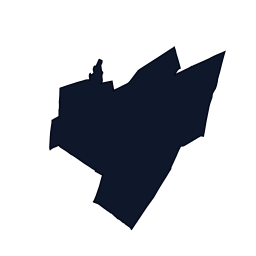 Carcea, Dolj, Romania, rotated 104°
{"feature_id": "2599482B95578562182994", "entity_name": "Carcea", "entity_type": "district", "adm_level": 2, "iso_a3": "ROU", "parent_name": "Romania", "parent_adm1": "Dolj", "projection": "equal_earth", "projection_center": [23.897, 44.282], "detail": "fine", "context": "isolated", "style": "filled", "palette": "ink", "viewbox_px": 256, "rotation_deg": 104, "n_neighbors": 0, "source": "geoboundaries", "source_scale": "gbopen_adm2", "svg_char_len": 4328}
<svg xmlns="http://www.w3.org/2000/svg" viewBox="0 0 256 256"><g transform="rotate(104 128 128)"><path d="M225.3,100.2L225.1,100.1L224.2,99.7L222.4,99.1L218.5,97.7L218.0,97.5L217.5,97.3L217.0,97.1L216.1,96.8L215.8,96.7L215.4,96.6L215.1,96.5L212.8,95.6L212.7,95.6L212.2,95.4L211.8,95.2L211.3,95.1L211.0,95.0L210.5,94.8L204.1,92.5L199.1,90.7L198.4,90.4L188.9,86.6L181.5,84.5L171.6,81.4L170.2,80.9L164.6,79.1L163.6,78.8L159.4,77.5L158.3,77.1L157.2,76.8L155.3,77.0L149.2,75.8L148.0,75.6L143.2,74.7L137.6,73.8L132.8,72.7L132.6,72.6L132.4,71.9L132.2,71.0L131.9,70.3L131.7,69.8L130.5,68.6L129.3,67.3L127.4,65.4L126.3,64.3L124.5,62.4L123.2,61.3L122.8,60.7L121.0,59.0L120.4,58.4L119.2,57.1L118.5,56.4L118.1,55.9L117.9,55.6L117.8,55.3L117.7,54.9L117.6,54.5L117.6,53.0L112.9,53.3L102.3,54.1L87.5,54.8L85.8,54.8L83.5,54.7L81.7,54.5L80.5,54.4L79.1,54.3L78.5,54.2L78.1,54.2L77.2,54.3L76.4,54.4L75.6,54.5L74.8,54.6L73.8,54.5L73.0,54.3L71.4,53.9L69.8,53.4L69.0,53.1L67.9,52.9L67.0,52.8L64.4,52.7L61.7,52.8L58.6,53.1L53.7,53.0L52.4,52.9L49.2,52.9L43.7,52.9L35.6,52.8L30.7,52.6L32.5,54.8L35.1,58.4L37.6,61.6L41.3,65.8L44.2,69.4L50.4,77.4L52.1,79.7L52.5,79.5L53.4,80.7L53.1,81.1L55.2,83.2L57.9,86.5L59.3,88.1L60.4,89.4L65.1,95.4L64.1,95.9L62.8,95.3L61.8,94.8L60.6,94.5L59.5,94.0L58.3,93.2L57.3,92.0L52.7,94.6L49.9,96.2L44.0,99.7L41.7,100.8L39.1,102.4L38.6,102.7L39.3,103.2L41.9,105.7L46.0,109.5L53.3,116.3L60.5,123.1L67.5,129.7L68.6,130.7L69.4,131.4L70.2,131.9L73.6,133.4L78.1,135.3L82.2,137.1L83.2,137.6L83.7,137.9L85.0,138.9L85.7,139.6L87.8,142.1L89.3,143.9L92.6,147.7L93.4,148.8L94.4,150.0L95.2,150.8L95.4,151.0L93.8,151.7L88.5,154.1L86.6,154.9L91.2,164.6L90.7,164.6L88.5,164.6L88.0,164.6L87.7,164.7L84.8,165.9L83.9,166.1L83.5,166.2L82.2,166.3L81.9,166.2L81.6,166.2L81.2,166.1L80.6,166.0L80.2,166.2L79.9,166.5L79.6,167.1L78.9,167.7L78.1,168.2L77.5,168.3L74.8,169.4L73.7,169.8L73.2,169.8L72.8,169.7L72.0,169.5L71.2,169.3L70.5,169.4L69.8,169.4L69.1,169.6L68.6,171.9L68.8,171.9L68.8,172.5L69.2,172.6L69.8,172.7L70.5,172.8L71.2,172.9L71.6,173.0L72.3,173.1L73.9,173.4L75.4,173.7L75.6,173.9L75.8,174.2L76.0,174.6L76.1,175.0L76.4,175.4L76.5,175.5L76.8,175.6L77.4,175.7L78.1,175.7L78.6,175.8L79.4,175.7L80.0,175.5L81.6,174.7L82.7,174.2L83.1,174.1L84.8,175.7L86.0,176.9L84.5,177.8L84.7,178.0L85.1,178.0L85.3,178.1L85.6,178.1L86.3,178.0L87.0,177.9L88.0,177.5L89.1,177.0L89.9,176.7L90.4,176.6L90.6,176.6L91.3,178.8L91.6,179.9L92.2,181.1L93.3,182.8L94.3,184.5L95.8,187.3L96.9,189.1L97.8,190.5L98.7,192.0L100.1,194.2L100.9,195.6L101.5,196.5L102.3,197.8L105.0,201.9L105.6,203.0L106.0,203.4L106.6,203.2L109.5,202.6L111.5,202.1L115.1,201.4L116.9,201.1L119.0,200.8L120.1,200.5L122.4,199.8L124.3,199.4L125.7,199.1L127.5,199.1L128.4,198.7L131.2,198.1L133.6,197.5L134.1,198.2L135.3,199.3L136.0,200.2L137.1,201.4L138.1,202.4L138.7,203.0L139.0,203.4L140.2,203.0L142.4,202.7L145.6,202.4L151.0,201.8L156.7,200.8L160.7,200.0L165.1,199.2L166.3,198.9L167.0,198.6L167.5,198.3L167.3,198.2L167.0,197.9L166.1,197.1L165.1,196.1L164.5,195.3L163.6,194.0L162.7,192.8L161.7,191.8L161.2,191.3L161.5,191.0L161.7,190.6L161.8,190.4L162.1,190.1L162.2,189.9L162.3,189.7L162.7,188.8L163.5,186.5L164.7,182.9L165.5,180.8L167.0,177.3L167.6,174.9L168.5,172.4L168.8,171.5L169.4,170.0L169.8,168.8L170.4,167.4L171.5,164.4L172.3,162.5L172.6,161.5L172.7,161.3L173.0,160.5L173.7,158.4L173.8,158.0L174.3,156.5L174.7,155.3L175.0,154.6L175.2,154.2L175.5,153.3L176.1,151.4L176.8,149.3L177.1,149.0L177.3,149.0L177.8,149.0L178.2,147.1L178.7,145.3L179.2,143.4L179.5,142.2L179.5,141.9L179.6,141.6L179.5,141.4L179.6,141.1L183.0,141.2L183.9,141.2L185.7,141.3L187.6,141.3L188.7,141.3L191.8,141.4L196.4,141.8L201.1,142.2L203.8,142.6L205.2,142.8L206.4,143.0L207.3,143.3L207.9,143.5L208.0,143.2L208.3,140.4L208.4,139.3L208.7,138.1L209.0,137.2L209.3,136.5L210.0,134.9L210.5,133.7L211.1,132.3L212.0,130.0L212.9,128.0L213.1,127.2L213.4,126.4L213.7,125.5L214.3,124.5L214.3,123.9L214.4,123.3L214.6,122.5L215.0,122.0L216.6,119.1L217.9,116.5L218.3,116.2L218.3,115.8L218.3,115.4L218.5,114.4L219.3,112.5L220.1,110.9L220.4,110.3L220.7,109.8L220.7,109.6L220.7,109.1L220.7,108.8L220.8,108.6L221.0,108.1L221.3,107.6L221.8,106.8L222.0,106.3L222.1,106.0L222.2,105.8L222.6,104.7L223.0,103.7L223.5,102.3L223.7,101.8L223.8,101.7L224.1,101.3L224.9,100.6L225.3,100.2Z" fill="#0f172a" stroke="#020617" stroke-width="1.5"/></g></svg>